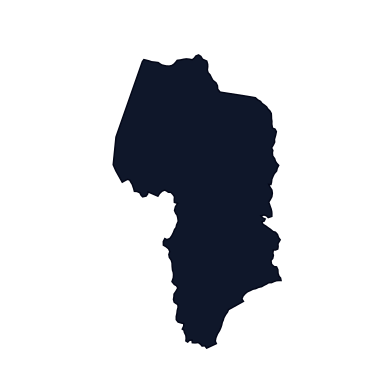 the district of Timbó Grande, Santa Catarina, Brazil, rotated 43°
{"feature_id": "56859067B65856130314873", "entity_name": "Timbó Grande", "entity_type": "district", "adm_level": 2, "iso_a3": "BRA", "parent_name": "Brazil", "parent_adm1": "Santa Catarina", "projection": "robinson", "projection_center": [-50.629, -26.64], "detail": "fine", "context": "isolated", "style": "filled", "palette": "ink", "viewbox_px": 384, "rotation_deg": 43, "n_neighbors": 0, "source": "geoboundaries", "source_scale": "gbopen_adm2", "svg_char_len": 3085}
<svg xmlns="http://www.w3.org/2000/svg" viewBox="0 0 384 384"><g transform="rotate(43 192 192)"><path d="M289.1,166.8L286.3,166.3L283.5,164.8L280.5,164.5L278.1,165.7L274.8,165.8L271.7,166.3L269.5,166.5L267.6,166.9L265.5,167.2L263.5,166.2L264.6,164.1L263.9,161.8L261.5,162.7L258.7,162.5L260.3,159.7L262.7,158.6L265.2,158.7L267.0,155.4L265.2,153.4L263.7,152.0L261.5,150.5L259.5,149.5L257.5,148.4L255.0,147.1L254.5,144.5L253.6,141.0L251.6,138.1L249.1,136.1L245.3,135.1L242.9,134.1L244.6,132.7L243.5,130.7L241.6,128.1L240.4,124.9L239.7,122.6L239.5,118.9L238.1,116.5L237.2,113.4L234.4,113.2L232.0,112.6L229.8,111.3L226.4,110.6L224.0,108.5L222.8,106.5L220.1,105.5L219.3,101.9L218.4,99.1L216.4,97.3L214.4,93.4L212.5,90.3L209.8,89.4L207.3,90.4L204.0,87.9L202.2,85.8L200.2,84.2L198.1,82.1L196.4,80.5L193.6,79.6L190.6,79.5L188.5,78.9L185.5,79.1L182.8,79.5L180.3,79.0L177.1,79.8L174.1,79.8L167.4,84.2L144.4,99.8L140.7,99.3L138.1,96.9L135.1,95.8L131.1,96.1L128.6,95.3L125.2,94.0L122.4,93.8L120.0,92.3L118.0,89.6L116.3,87.9L113.5,86.2L109.1,87.7L106.0,86.8L103.3,87.3L102.1,89.9L102.4,92.5L102.0,95.1L99.3,96.8L97.0,98.6L95.3,100.7L93.5,103.3L91.4,105.8L91.6,108.3L91.6,110.8L91.0,113.3L89.6,115.3L87.5,117.2L85.2,118.6L83.2,119.7L81.3,120.1L79.0,120.4L76.2,122.4L73.7,124.3L71.0,125.5L68.3,127.0L66.5,128.0L66.8,130.5L98.9,203.6L115.8,225.8L121.8,228.4L134.3,232.4L135.2,229.5L136.1,226.9L138.1,225.7L140.6,226.5L143.2,227.2L145.2,228.3L147.1,229.3L149.4,230.8L151.3,229.2L154.3,228.1L157.1,229.1L159.2,229.2L161.2,226.3L160.9,223.7L159.8,221.9L169.9,218.3L169.3,215.4L169.5,211.9L170.7,209.3L172.6,208.6L174.8,208.3L176.9,206.6L179.9,206.8L182.4,207.4L184.4,209.9L186.2,211.6L189.3,210.1L189.9,214.0L191.8,217.4L194.7,218.7L196.9,219.1L199.2,220.6L201.9,222.8L203.2,226.6L204.6,228.9L204.8,231.2L206.1,234.4L207.1,237.8L207.5,241.2L206.1,244.0L203.9,244.6L204.8,247.8L207.3,250.4L210.4,249.7L213.7,249.5L216.4,250.7L217.7,253.5L220.1,255.3L223.1,255.9L225.7,257.4L228.3,260.0L231.0,262.4L233.2,263.6L234.9,265.1L236.8,267.4L238.5,271.2L242.1,271.7L244.6,271.1L247.1,271.9L248.0,275.6L248.5,278.9L250.2,280.9L251.7,283.2L254.1,284.7L256.5,284.4L258.4,284.0L260.4,285.7L262.0,288.7L263.8,291.1L265.4,293.8L267.6,296.1L270.5,296.6L273.6,295.1L275.7,293.8L277.4,295.7L278.4,298.9L280.3,298.5L282.1,299.8L285.4,301.1L287.6,303.1L289.1,305.1L291.2,304.7L291.3,302.1L293.0,300.3L295.0,302.0L297.2,300.2L299.3,297.8L302.2,297.5L304.4,297.8L306.3,295.7L309.2,296.2L313.2,286.3L310.7,285.2L308.9,282.4L307.4,278.4L306.6,274.5L305.6,271.6L304.4,269.0L303.0,266.7L302.2,264.4L301.1,262.3L300.2,258.8L299.8,255.6L298.9,253.2L304.2,236.9L301.4,236.2L300.3,233.3L300.2,230.0L300.6,227.1L301.9,224.1L302.8,221.6L304.5,219.2L305.7,216.3L307.5,213.7L308.3,211.0L309.3,208.4L309.9,206.1L312.0,204.0L313.1,201.4L314.3,199.2L315.8,197.6L317.5,196.0L315.4,194.5L313.2,194.3L310.5,192.9L307.8,190.3L304.9,189.1L302.9,190.6L299.5,190.6L296.5,188.3L296.3,185.5L294.7,182.8L292.9,181.7L291.0,178.9L292.6,177.5L293.6,175.2L292.3,173.3L290.1,171.2L289.1,166.8Z" fill="#0f172a" stroke="#020617" stroke-width="1.5"/></g></svg>